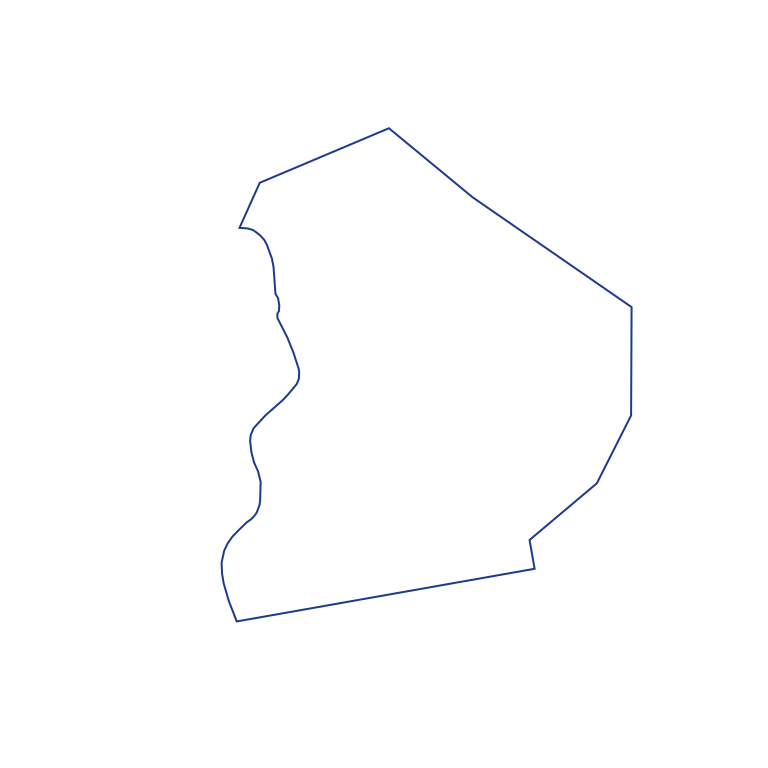 Mason, Kentucky, United States of America, rotated 238°
{"feature_id": "52423323B64240886079003", "entity_name": "Mason", "entity_type": "district", "adm_level": 2, "iso_a3": "USA", "parent_name": "United States of America", "parent_adm1": "Kentucky", "projection": "natural_earth1", "projection_center": [-83.779, 38.612], "detail": "fine", "context": "isolated", "style": "outline", "palette": "blue", "viewbox_px": 768, "rotation_deg": 238, "n_neighbors": 0, "source": "geoboundaries", "source_scale": "gbopen_adm2", "svg_char_len": 838}
<svg xmlns="http://www.w3.org/2000/svg" viewBox="0 0 768 768"><g transform="rotate(238 384 384)"><path d="M598.3,523.7L620.5,385.3L593.0,344.2L588.0,351.0L584.0,354.5L580.7,355.9L575.7,357.7L569.8,358.8L564.4,358.5L549.7,355.4L541.9,352.4L518.1,339.8L516.4,339.7L512.8,339.6L506.0,336.8L501.5,333.5L500.2,330.9L496.5,328.6L474.1,326.6L459.0,323.9L442.8,319.9L439.4,318.6L433.9,314.9L430.3,310.2L425.7,296.3L423.9,289.2L420.3,267.1L415.6,249.9L411.1,243.7L406.5,240.2L396.3,235.4L386.3,232.2L376.6,230.9L366.3,227.5L350.7,217.1L347.2,214.2L342.2,207.6L340.8,203.9L339.7,199.4L339.4,194.0L336.9,182.7L335.0,174.9L331.7,167.0L327.4,160.2L318.5,151.5L308.8,146.1L300.2,142.5L282.3,137.4L260.7,133.3L147.5,413.8L174.6,424.8L187.0,511.9L226.4,576.9L318.0,634.7L495.3,558.1L598.3,523.7Z" fill="none" stroke="#1e3a8a" stroke-width="2"/></g></svg>